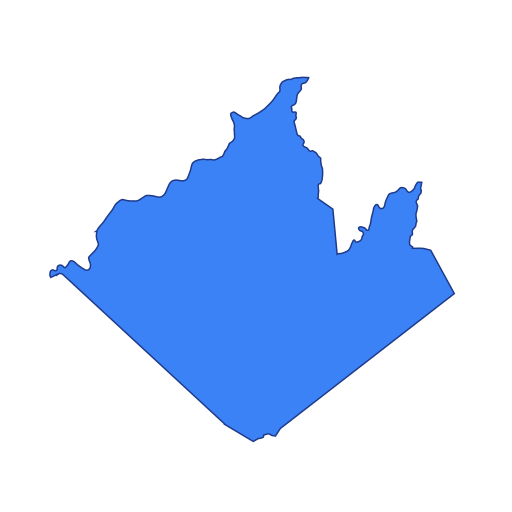 Six Miles/Descatier, Soufrière, Saint Lucia (Albers equal-area conic projection), rotated 278°
{"feature_id": "8701671B56645509731346", "entity_name": "Six Miles/Descatier", "entity_type": "district", "adm_level": 2, "iso_a3": "LCA", "parent_name": "Saint Lucia", "parent_adm1": "Soufrière", "projection": "albers", "projection_center": [-60.969, 13.841], "detail": "fine", "context": "isolated", "style": "filled", "palette": "blue", "viewbox_px": 512, "rotation_deg": 278, "n_neighbors": 0, "source": "geoboundaries", "source_scale": "gbopen_adm2", "svg_char_len": 6055}
<svg xmlns="http://www.w3.org/2000/svg" viewBox="0 0 512 512"><g transform="rotate(278 256 256)"><path d="M72.0,279.1L75.4,283.5L76.8,287.3L77.7,288.5L79.7,288.5L81.4,292.1L81.7,293.6L80.5,296.8L80.4,300.3L88.6,304.1L246.4,457.6L286.0,428.2L286.8,421.1L286.5,417.1L285.7,412.2L285.5,409.9L285.9,410.0L286.9,409.7L287.1,408.8L288.7,406.6L291.2,406.0L297.0,406.1L298.6,407.7L299.9,407.9L301.7,407.3L304.0,407.5L305.7,408.8L308.1,410.0L310.4,409.9L312.8,410.4L317.6,408.9L320.4,408.5L322.6,408.9L325.5,409.1L328.1,409.1L331.2,407.2L332.4,407.0L333.7,407.4L335.1,408.7L338.3,408.7L340.3,410.0L341.4,410.6L343.9,410.6L345.4,409.6L352.0,409.9L351.8,406.7L351.4,405.8L351.0,405.5L350.5,405.2L349.2,404.6L347.3,403.9L345.3,403.5L344.3,403.0L342.4,401.7L341.4,400.7L340.6,399.6L340.4,399.0L340.3,398.3L340.7,397.5L341.5,396.4L342.8,395.3L343.5,394.5L343.8,393.9L344.1,392.1L344.1,391.3L343.9,390.2L343.7,389.7L343.3,389.1L340.5,387.2L339.3,386.1L338.1,384.2L337.2,381.6L336.5,380.1L336.0,379.5L335.6,379.1L335.1,378.8L330.4,377.3L327.7,376.7L326.5,376.5L325.0,376.5L322.8,376.1L321.4,375.6L320.9,375.0L320.5,373.7L320.4,372.5L320.9,371.7L321.6,371.0L322.7,370.2L323.6,369.3L323.7,369.1L323.7,367.9L323.5,367.6L322.5,366.9L321.4,366.4L320.6,366.1L319.5,365.8L317.1,365.8L311.2,365.1L307.4,364.9L304.6,364.9L302.3,364.6L301.3,364.3L300.1,364.1L298.1,364.1L297.5,364.0L297.0,363.2L296.9,362.4L297.1,361.9L298.3,360.7L298.8,359.9L299.0,359.3L299.5,356.7L299.5,355.7L299.2,354.7L298.7,354.0L298.2,353.7L297.3,353.8L296.4,354.4L296.0,354.9L295.5,355.7L295.2,357.9L294.8,358.3L293.0,359.3L291.9,359.3L291.3,359.2L290.6,358.6L289.9,358.4L288.2,358.4L287.5,358.3L286.8,358.0L285.8,357.2L284.9,356.3L284.1,354.7L283.8,353.9L283.8,353.2L283.9,352.6L284.2,352.3L285.2,351.6L285.4,351.3L285.5,351.0L285.1,350.4L284.6,350.0L283.6,349.7L282.8,349.5L280.9,348.9L278.8,348.6L276.5,347.8L275.4,347.3L274.4,346.6L273.2,345.3L271.4,342.4L270.4,340.2L269.7,337.0L269.4,336.5L269.0,336.1L313.1,325.6L321.6,308.9L322.4,309.4L323.6,309.4L325.0,309.1L328.7,309.0L330.3,308.7L333.4,307.9L335.3,307.7L335.9,308.0L336.1,308.3L336.5,309.5L337.4,310.2L340.6,310.8L345.4,310.7L349.0,310.2L351.7,309.7L353.9,308.5L354.8,308.1L358.7,306.9L361.0,306.6L362.0,306.3L363.0,304.7L363.6,303.7L364.5,302.9L365.6,302.1L366.8,300.8L367.1,299.7L368.0,297.8L368.1,297.4L368.1,297.1L367.3,295.6L367.3,294.9L367.5,294.4L368.0,293.7L369.3,292.4L369.8,291.8L370.4,290.6L370.8,288.9L371.1,288.3L371.4,287.8L371.9,287.3L372.4,287.0L372.9,287.0L373.5,287.1L374.9,287.8L376.0,287.7L376.7,287.4L377.3,287.0L377.9,286.4L378.9,284.4L380.1,283.6L380.7,283.0L381.0,282.3L381.1,281.1L382.1,280.0L384.0,279.1L390.4,276.6L392.3,275.8L393.3,275.2L395.3,275.1L395.6,275.2L396.1,275.8L397.5,276.6L398.8,276.7L399.0,276.5L399.6,276.3L399.9,276.0L403.3,275.9L403.9,275.5L404.0,275.0L404.0,274.7L403.9,274.4L403.8,273.6L403.5,272.4L403.7,272.0L404.8,271.2L406.8,271.0L407.5,270.7L408.3,270.2L409.0,270.1L410.0,271.0L411.3,273.0L412.1,273.6L413.1,274.1L415.1,274.4L420.2,274.3L421.4,274.4L422.3,274.7L423.7,275.4L424.5,276.0L427.3,277.6L428.4,277.6L429.6,277.2L431.1,277.0L431.6,277.0L432.5,277.4L432.9,277.6L433.3,278.2L434.3,280.6L435.6,281.7L436.8,282.4L437.8,282.7L439.0,283.2L440.0,283.3L439.3,276.6L438.5,274.0L438.2,271.7L437.7,270.2L437.4,268.8L436.6,267.3L436.2,266.8L435.6,265.7L435.5,264.0L434.7,261.6L434.1,260.9L433.2,259.4L432.3,258.1L431.3,257.4L430.5,257.0L428.5,256.2L426.4,256.1L425.5,256.2L424.9,256.5L423.2,256.7L421.7,256.4L421.3,256.2L420.6,255.3L418.1,253.8L413.9,251.8L412.1,250.8L410.0,249.4L403.5,244.5L402.2,243.3L397.9,238.5L394.2,233.4L392.3,231.6L391.7,230.9L391.2,229.8L390.9,228.9L390.9,226.5L391.0,225.0L391.2,224.0L391.5,223.1L392.6,220.8L393.3,218.9L395.1,215.4L395.4,214.4L395.4,213.7L395.2,213.3L394.6,212.3L394.1,211.7L393.6,211.3L393.2,211.2L392.3,211.3L391.6,211.5L390.7,211.9L387.7,213.6L386.6,214.3L385.9,214.9L385.1,215.4L382.3,216.5L381.6,216.6L378.6,216.7L375.6,217.4L374.1,217.6L371.3,218.3L370.0,218.3L369.0,218.1L367.4,217.5L366.4,216.8L365.7,216.2L365.1,215.5L364.5,214.7L363.7,214.0L362.9,213.7L361.1,213.3L358.8,212.6L357.1,211.8L356.7,211.5L356.4,211.2L355.9,211.0L355.8,210.8L353.9,210.2L353.4,210.2L352.9,210.1L351.9,209.7L350.8,209.3L350.0,208.9L349.8,208.7L349.3,207.8L349.2,207.7L348.9,207.0L348.0,205.7L347.4,205.0L346.4,203.6L345.9,202.7L345.2,201.0L345.2,200.0L345.3,197.7L344.7,195.2L344.5,193.5L344.5,190.1L343.8,188.0L343.2,185.7L342.3,184.0L341.2,182.1L339.6,180.6L339.0,180.3L338.4,180.0L335.7,179.5L333.1,179.4L329.6,178.8L323.6,177.4L322.8,177.0L321.1,175.4L320.5,174.0L320.1,172.0L320.1,169.7L320.2,167.9L320.0,165.9L319.5,164.3L318.9,163.0L318.2,162.1L317.1,161.2L316.0,160.5L315.0,160.1L312.0,159.2L306.8,157.8L305.7,157.4L304.5,156.8L303.7,156.3L301.9,154.7L301.2,153.6L300.7,151.3L300.8,149.6L301.1,147.1L301.2,144.7L301.0,140.9L300.6,139.0L300.1,138.1L298.3,136.1L294.9,132.1L294.5,131.4L293.9,130.1L293.5,127.9L293.4,126.4L293.0,124.1L292.9,120.8L293.3,117.0L293.3,115.9L293.1,115.2L292.0,113.6L289.8,111.5L288.8,110.6L287.4,109.7L285.7,108.9L282.3,107.6L281.1,107.0L274.4,103.2L268.8,100.5L265.8,98.6L262.1,96.2L260.2,95.4L259.2,95.2L258.3,94.3L258.5,95.0L257.8,94.9L255.4,95.0L253.7,95.1L252.4,95.4L250.5,96.0L246.6,98.0L245.5,98.3L244.8,98.3L243.2,97.9L241.0,96.9L239.4,96.1L238.2,95.3L232.3,91.0L231.5,90.6L230.8,90.5L230.2,90.7L228.2,91.5L226.2,92.7L224.5,93.3L223.8,93.4L221.7,93.5L221.1,93.4L219.2,92.2L218.6,91.2L218.3,90.2L218.3,89.4L218.5,88.7L219.9,85.4L222.3,80.7L225.0,76.8L225.2,76.3L225.6,74.8L225.6,73.9L225.5,73.4L225.3,73.1L224.9,72.6L224.7,72.6L224.3,72.1L221.2,70.9L219.3,69.8L218.1,68.8L218.0,68.3L218.0,67.7L219.4,65.6L219.7,64.8L219.8,64.0L219.7,63.1L219.4,62.3L218.9,61.5L217.6,60.8L217.2,60.8L214.9,60.9L214.0,60.6L213.8,60.3L213.6,59.8L213.5,59.0L213.5,58.3L213.9,57.3L214.0,57.0L213.9,56.4L213.6,55.8L213.0,55.0L212.7,54.9L212.5,54.7L211.6,54.4L211.1,54.4L208.6,54.5L207.5,54.9L206.2,55.7L210.0,61.4L209.4,61.4L211.4,63.8L211.4,66.5L85.1,248.6L84.9,248.4L72.0,279.1Z" fill="#3b82f6" stroke="#1e3a8a" stroke-width="1.5"/></g></svg>